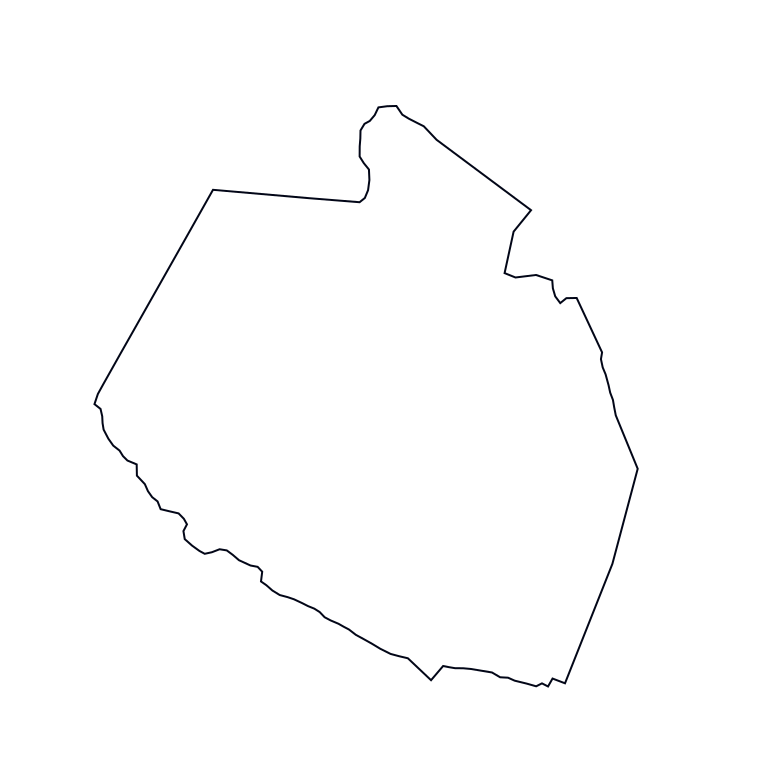 Forquilha, Ceará, Brazil (orthographic projection), rotated 107°
{"feature_id": "56859067B46311901336077", "entity_name": "Forquilha", "entity_type": "district", "adm_level": 2, "iso_a3": "BRA", "parent_name": "Brazil", "parent_adm1": "Ceará", "projection": "orthographic", "projection_center": [-40.207, -3.827], "detail": "fine", "context": "isolated", "style": "outline", "palette": "ink", "viewbox_px": 768, "rotation_deg": 107, "n_neighbors": 0, "source": "geoboundaries", "source_scale": "gbopen_adm2", "svg_char_len": 1642}
<svg xmlns="http://www.w3.org/2000/svg" viewBox="0 0 768 768"><g transform="rotate(107 384 384)"><path d="M487.9,655.0L490.7,647.8L497.3,644.0L503.7,641.7L509.6,638.8L516.9,631.6L522.1,624.9L525.0,617.4L529.3,612.5L532.2,607.0L533.2,597.0L543.9,593.5L549.7,583.4L555.5,578.4L560.0,572.6L562.5,566.2L569.0,561.0L568.5,552.5L567.8,542.6L571.4,536.0L575.8,531.4L583.3,532.8L590.6,529.2L594.7,520.2L597.6,511.7L598.8,505.8L595.2,499.4L590.1,492.9L589.1,485.7L591.6,478.7L594.9,471.2L596.6,458.6L595.8,451.4L599.1,445.6L608.8,443.9L610.8,437.7L614.1,430.4L616.3,422.0L616.0,413.9L616.2,407.1L617.5,398.0L618.6,391.8L619.2,385.0L620.9,378.8L624.4,372.6L625.7,365.9L626.6,357.4L627.9,351.6L629.0,345.8L632.1,337.6L634.1,327.9L636.0,319.2L638.3,310.1L640.2,298.8L639.9,290.0L639.3,281.0L653.5,252.4L636.4,245.0L635.8,239.1L635.0,233.0L632.7,225.2L631.1,217.5L628.3,196.4L630.5,187.2L628.6,179.5L629.5,172.3L628.8,160.0L628.6,150.1L624.1,145.4L625.3,138.7L616.4,136.7L617.3,123.4L489.2,113.0L390.9,116.6L346.2,153.2L338.9,157.1L332.3,160.4L326.1,165.2L319.5,168.9L310.0,174.9L304.2,179.7L296.8,183.8L290.0,184.7L245.4,224.9L248.6,234.7L255.1,239.1L250.1,245.9L243.1,250.5L235.7,253.4L235.3,270.5L243.7,289.4L242.7,301.1L200.4,304.6L174.8,294.2L135.1,405.1L125.9,421.3L124.8,427.8L123.0,437.9L121.1,445.2L114.5,453.4L117.4,462.1L121.1,470.2L129.6,471.5L136.6,474.5L140.9,478.7L148.4,480.6L156.2,478.4L163.9,476.7L173.6,473.8L178.7,467.9L183.3,461.1L193.2,457.6L203.3,455.9L211.7,456.7L217.3,460.5L228.3,510.4L248.3,604.3L302.9,616.3L409.1,639.8L432.0,644.9L466.3,652.4L477.2,654.7L487.9,655.0Z" fill="none" stroke="#020617" stroke-width="2"/></g></svg>